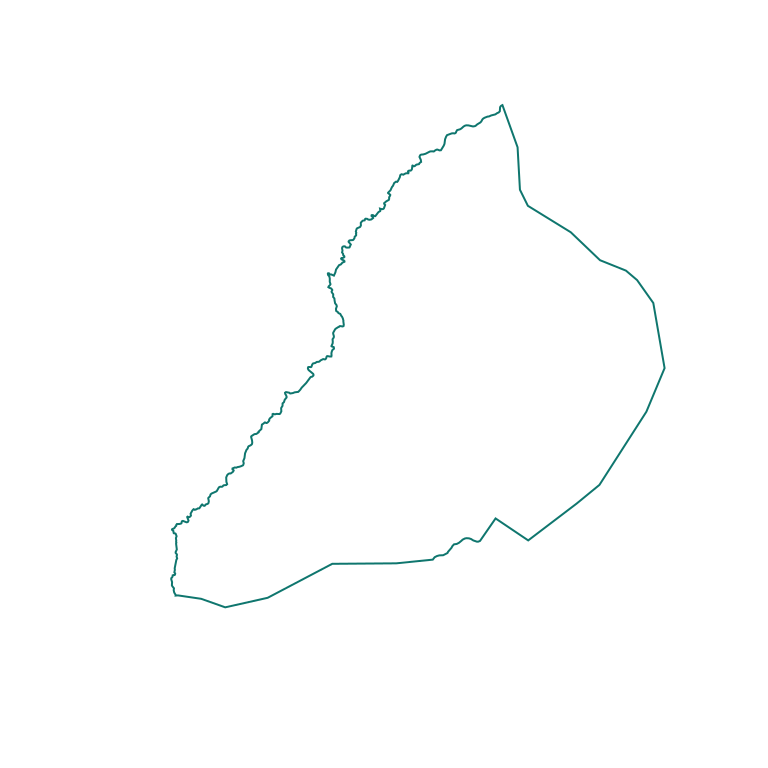 Bayannuur, Bayan-Ölgiy, Mongolia, rotated 245°
{"feature_id": "93677404B56140386590305", "entity_name": "Bayannuur", "entity_type": "district", "adm_level": 2, "iso_a3": "MNG", "parent_name": "Mongolia", "parent_adm1": "Bayan-Ölgiy", "projection": "mercator", "projection_center": [91.081, 48.956], "detail": "fine", "context": "isolated", "style": "outline", "palette": "teal", "viewbox_px": 768, "rotation_deg": 245, "n_neighbors": 0, "source": "geoboundaries", "source_scale": "gbopen_adm2", "svg_char_len": 6166}
<svg xmlns="http://www.w3.org/2000/svg" viewBox="0 0 768 768"><g transform="rotate(245 384 384)"><path d="M279.8,645.0L343.6,662.3L371.2,657.3L384.5,651.2L404.9,632.1L442.6,617.4L484.7,589.7L502.6,589.3L542.1,605.1L586.7,609.2L586.7,608.3L586.5,607.3L585.8,606.2L582.2,604.2L581.6,602.6L581.7,601.2L581.3,598.9L582.1,594.6L582.1,592.3L582.6,590.8L582.8,587.6L582.6,586.0L582.2,585.0L580.8,583.1L580.3,581.8L579.9,578.2L579.3,576.2L579.3,575.3L579.8,573.5L582.7,569.8L583.7,567.8L583.9,566.3L583.7,564.8L582.9,562.2L582.7,560.6L583.2,557.6L582.2,556.1L581.5,555.5L581.2,554.6L581.3,553.7L582.0,552.7L582.5,551.3L582.9,546.3L581.9,544.8L580.0,542.8L576.1,540.3L574.8,538.9L571.8,534.4L572.3,533.0L573.8,531.6L574.2,530.6L574.0,528.4L573.7,527.8L573.9,526.9L574.3,526.4L575.2,524.4L575.3,523.6L575.1,519.0L575.5,516.5L576.1,514.9L576.2,514.0L575.9,513.2L574.8,512.1L571.6,512.1L569.6,511.5L569.3,509.8L568.5,508.6L569.1,506.1L568.9,505.0L568.6,504.6L568.6,503.4L568.7,503.0L569.9,502.3L569.9,502.0L566.9,500.1L566.5,499.6L566.1,498.4L566.8,496.9L566.8,496.0L566.4,495.5L565.3,495.6L564.7,495.1L565.7,492.9L565.7,491.2L565.5,490.1L566.7,488.5L566.6,487.7L566.4,487.0L564.7,485.7L562.0,482.3L561.6,481.3L562.3,480.5L562.0,478.8L561.8,478.1L559.9,476.0L559.1,474.4L556.8,471.7L555.7,468.6L555.2,468.4L553.2,469.5L552.7,469.6L552.2,469.2L551.1,467.6L549.6,466.9L548.8,466.1L548.6,463.3L547.8,460.5L547.2,460.3L545.8,460.7L543.3,458.2L543.0,457.6L543.0,456.8L543.7,455.5L544.6,454.5L542.7,454.0L542.3,453.6L542.2,452.0L542.0,451.3L539.8,447.1L540.2,446.3L541.7,445.4L542.2,444.5L542.2,444.1L541.6,443.7L539.8,444.4L539.0,444.3L538.5,442.1L538.9,440.4L539.7,439.2L540.8,438.5L541.6,437.2L541.5,436.6L540.5,435.6L541.0,433.9L540.9,433.4L540.3,431.8L539.8,431.0L537.5,430.1L536.6,429.0L536.4,428.4L536.5,425.5L536.2,424.8L534.1,422.9L532.7,422.8L532.1,422.1L530.8,421.8L530.4,421.4L529.9,419.7L528.8,419.0L527.8,417.5L527.6,416.6L528.4,414.5L528.7,413.3L528.2,412.2L527.7,412.0L524.5,412.9L522.4,410.5L522.4,410.1L523.3,408.0L523.9,407.2L525.3,406.7L525.7,405.9L525.9,405.1L525.7,404.2L524.9,403.4L522.3,402.7L521.0,401.6L519.2,401.9L518.1,401.5L516.6,402.0L515.9,401.8L515.7,401.3L515.6,400.6L516.1,398.7L515.7,398.1L514.9,398.2L513.0,399.8L512.0,400.1L511.5,399.8L511.6,397.7L510.6,395.4L510.7,393.5L508.0,388.9L505.7,387.1L503.4,384.4L505.5,382.6L505.5,382.3L506.3,381.1L507.2,381.1L507.7,380.8L508.0,380.1L507.7,379.7L506.5,379.4L504.5,379.9L502.4,379.4L499.5,378.0L497.1,377.7L496.6,377.1L495.9,375.2L495.3,374.5L494.3,375.1L492.9,376.5L491.3,376.9L490.8,376.7L490.0,375.6L489.2,375.4L486.8,375.9L484.4,374.7L482.5,375.2L480.6,374.5L477.8,373.8L475.7,374.3L474.4,374.1L472.4,372.2L470.7,371.6L470.2,371.6L468.9,372.5L467.5,372.7L466.0,374.0L463.8,374.1L462.8,374.4L460.8,374.4L458.6,374.0L457.9,373.6L454.7,372.6L453.6,371.8L453.6,370.9L455.1,368.6L455.1,367.9L454.8,367.3L454.9,366.5L454.6,364.0L454.3,362.9L452.0,359.7L451.1,359.2L448.6,358.8L447.8,358.4L447.3,358.0L446.3,356.3L444.1,355.5L442.6,354.7L440.6,352.4L439.9,352.7L438.8,354.0L437.9,353.9L437.2,353.6L436.9,353.0L436.8,352.0L436.5,351.5L435.6,350.5L434.2,349.4L432.0,348.5L431.2,347.9L431.8,346.5L433.1,344.7L433.3,344.2L432.9,343.4L431.7,342.4L431.3,341.7L431.2,340.9L432.3,339.4L432.2,336.5L431.7,335.1L431.7,334.3L432.4,332.4L432.1,330.5L432.6,328.4L432.0,327.2L430.2,325.4L430.2,324.9L431.2,323.1L431.3,322.4L430.8,321.9L430.0,321.5L428.4,321.6L423.1,324.1L422.1,324.0L421.5,323.6L421.0,322.1L421.3,320.8L421.1,320.0L417.8,313.9L415.5,307.9L414.2,305.7L413.1,303.0L414.2,299.5L414.3,297.6L414.9,295.4L415.1,294.9L416.1,294.5L417.8,292.2L418.1,291.6L417.9,290.6L416.8,290.3L415.1,290.5L413.4,290.3L412.9,289.9L411.7,287.4L409.8,285.6L409.3,283.9L407.1,282.8L405.8,280.8L405.2,280.4L402.6,279.4L401.1,277.5L400.9,276.7L402.4,273.8L402.6,272.3L403.8,270.9L403.8,270.3L401.9,269.3L401.3,266.7L400.9,265.7L400.1,264.7L399.3,264.5L398.4,262.6L398.2,261.3L398.5,260.7L399.5,259.9L399.5,259.5L399.1,258.2L398.8,256.2L395.0,253.8L393.8,250.1L393.2,250.0L392.7,247.3L393.3,245.3L392.8,242.0L392.6,241.5L392.2,241.2L388.8,240.6L386.7,239.9L385.5,239.1L385.1,238.4L384.8,237.2L384.8,235.0L384.5,234.4L383.1,233.1L382.4,231.5L379.9,228.8L375.8,226.2L373.6,223.8L371.5,223.4L370.2,222.3L369.9,221.8L369.9,219.8L370.1,218.0L370.6,216.1L370.6,214.8L371.4,213.5L371.5,211.0L370.6,210.6L369.7,211.2L369.1,211.2L368.6,210.5L368.2,209.8L367.7,207.2L368.3,205.9L368.2,204.7L367.7,203.4L366.0,201.5L361.9,199.8L359.5,199.5L359.1,198.3L359.9,196.1L359.9,195.5L359.3,194.2L359.6,193.1L360.1,192.3L360.2,191.1L359.9,190.4L357.7,187.3L357.5,186.4L357.6,181.4L357.2,180.1L355.7,178.8L355.1,176.8L354.7,176.4L351.8,175.7L350.3,174.6L349.9,173.6L350.1,171.9L350.1,171.3L349.5,170.4L349.5,169.7L350.1,168.9L351.6,168.4L351.7,167.9L349.5,164.3L349.4,163.8L349.9,162.7L349.7,160.8L349.9,160.4L349.9,159.4L351.0,158.6L350.9,158.1L350.3,156.8L348.2,153.9L346.3,153.4L345.8,152.4L345.6,151.4L345.7,150.9L346.8,149.9L346.6,149.4L342.8,149.1L341.9,148.0L341.9,147.2L342.2,146.5L344.9,143.9L345.0,143.0L344.9,142.7L343.5,141.7L343.3,141.3L343.5,139.7L344.6,137.1L344.0,136.1L343.4,135.9L343.2,135.6L343.1,134.9L342.1,133.3L341.9,132.5L342.0,130.8L341.8,130.4L341.2,130.3L339.9,131.0L337.8,130.4L337.5,130.5L336.8,131.6L336.4,131.9L333.7,131.7L332.3,130.3L329.8,129.5L328.7,128.8L328.0,128.8L327.2,128.1L321.6,126.3L319.7,124.1L318.9,123.8L317.1,124.3L316.4,124.0L315.3,123.1L313.3,122.8L312.4,121.5L305.4,116.4L303.9,115.9L301.9,114.4L300.6,114.7L300.2,114.5L299.5,113.9L299.4,113.5L299.5,113.0L299.8,112.6L299.9,111.6L299.0,111.1L298.3,110.3L298.0,109.3L297.2,108.7L294.0,108.2L291.2,106.7L290.1,106.7L287.6,107.3L286.1,106.3L284.1,105.8L282.7,105.8L280.9,106.1L280.3,105.7L279.5,107.9L266.6,127.5L248.7,145.7L239.4,188.2L242.9,261.1L216.3,319.3L204.2,354.0L205.6,356.7L205.7,359.3L205.3,361.7L203.8,365.3L204.0,370.1L204.9,371.2L207.0,375.9L208.2,377.5L209.1,379.7L208.3,382.3L208.4,384.8L209.2,388.0L209.7,389.4L209.8,392.0L209.4,393.6L208.2,395.8L206.7,397.4L204.5,398.8L201.9,401.5L201.3,402.7L201.2,404.7L215.0,428.3L181.3,448.6L194.2,508.0L201.5,536.6L248.0,610.1L279.8,645.0Z" fill="none" stroke="#0f766e" stroke-width="2"/></g></svg>